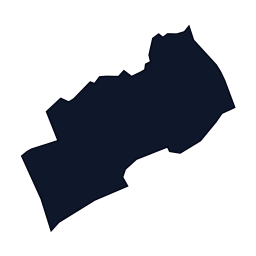 Russell, Virginia, United States of America, rotated 357°
{"feature_id": "52423323B37698744608843", "entity_name": "Russell", "entity_type": "district", "adm_level": 2, "iso_a3": "USA", "parent_name": "United States of America", "parent_adm1": "Virginia", "projection": "equal_earth", "projection_center": [-82.083, 36.926], "detail": "fine", "context": "isolated", "style": "filled", "palette": "ink", "viewbox_px": 256, "rotation_deg": 357, "n_neighbors": 0, "source": "geoboundaries", "source_scale": "gbopen_adm2", "svg_char_len": 694}
<svg xmlns="http://www.w3.org/2000/svg" viewBox="0 0 256 256"><g transform="rotate(357 128 128)"><path d="M47.5,107.4L57.5,137.0L30.8,144.0L26.2,146.2L20.4,150.4L37.6,194.2L45.9,226.5L54.0,218.4L90.9,198.2L124.5,185.9L120.0,176.9L123.1,169.0L134.7,159.6L166.5,148.9L168.4,153.5L178.8,155.7L199.7,144.4L216.2,126.4L222.5,118.2L235.6,113.0L227.0,85.7L223.4,77.0L219.5,69.8L198.0,43.7L194.2,29.5L189.4,34.9L181.6,36.8L172.5,36.1L167.6,39.4L163.5,35.8L157.5,39.8L152.9,56.2L154.1,63.0L149.0,65.2L147.9,70.8L143.0,73.2L134.2,76.8L126.9,70.6L121.2,76.2L108.9,75.3L102.3,75.5L97.0,82.0L92.7,80.1L75.4,96.1L70.2,99.0L62.4,94.9L47.5,107.4Z" fill="#0f172a" stroke="#020617" stroke-width="1.5"/></g></svg>